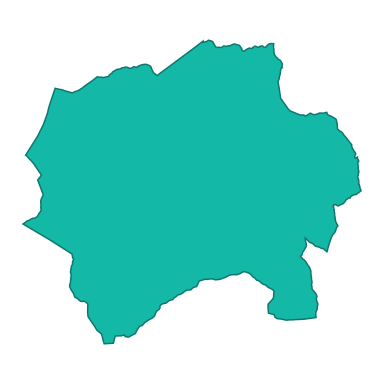 Fardea, Timis, Romania (Mercator projection)
{"feature_id": "2599482B51833056791776", "entity_name": "Fardea", "entity_type": "district", "adm_level": 2, "iso_a3": "ROU", "parent_name": "Romania", "parent_adm1": "Timis", "projection": "mercator", "projection_center": [22.228, 45.733], "detail": "fine", "context": "isolated", "style": "filled", "palette": "teal", "viewbox_px": 384, "rotation_deg": 0, "n_neighbors": 0, "source": "geoboundaries", "source_scale": "gbopen_adm2", "svg_char_len": 5914}
<svg xmlns="http://www.w3.org/2000/svg" viewBox="0 0 384 384"><path d="M316.1,317.5L316.1,316.8L315.5,315.8L315.9,314.4L315.7,313.5L316.0,311.9L317.1,309.6L317.3,306.4L317.9,304.6L317.7,303.5L316.8,301.2L316.3,299.2L316.3,298.4L317.0,296.8L316.9,296.4L316.7,295.4L315.6,293.2L312.3,289.5L312.0,288.6L311.9,286.0L311.3,284.4L312.0,283.3L311.9,281.0L311.5,279.2L311.4,277.1L310.9,274.0L310.9,271.7L310.7,270.4L309.5,267.3L307.6,264.8L306.0,262.0L304.0,259.7L302.9,259.2L300.4,256.2L301.0,255.8L302.1,254.7L302.2,253.8L302.8,252.0L304.1,250.2L306.1,246.6L306.3,245.8L306.3,244.4L305.4,240.3L305.3,238.1L310.0,242.6L312.5,243.4L315.2,246.0L316.1,246.4L319.2,247.1L320.4,247.9L322.1,248.5L323.4,248.6L324.6,249.9L325.6,250.5L325.9,250.9L326.9,251.8L327.3,251.2L327.6,249.3L329.3,243.5L331.3,237.5L333.2,234.2L334.4,233.0L335.0,232.0L335.7,230.5L335.8,229.6L336.2,229.0L336.9,227.1L337.2,226.4L337.9,225.8L336.0,222.3L335.2,219.5L335.0,218.6L335.2,217.9L334.6,215.3L334.7,214.6L334.5,212.4L334.2,211.5L334.3,209.9L333.8,209.1L333.9,208.2L333.1,206.1L333.9,205.4L333.9,204.8L334.8,204.5L336.2,204.8L337.4,205.8L338.4,205.9L339.9,205.0L343.0,203.7L343.7,203.3L344.1,202.4L345.1,201.6L345.8,200.2L348.9,197.7L350.0,198.1L350.6,197.0L351.2,196.2L352.5,195.5L354.6,194.6L356.4,194.5L357.7,193.1L358.7,192.7L360.9,190.9L361.0,190.5L359.8,187.3L359.9,186.9L359.0,184.1L358.7,184.2L358.8,180.7L358.1,178.1L357.6,177.2L357.6,176.7L358.3,174.8L358.3,173.4L358.6,173.0L358.8,172.5L358.7,170.6L358.1,169.1L358.3,165.9L357.9,164.7L357.6,162.5L357.6,162.4L358.1,162.2L358.7,161.6L358.5,160.2L357.2,157.9L357.4,157.7L357.4,157.1L355.5,158.1L354.6,157.2L354.7,156.3L355.6,154.2L355.6,153.2L353.7,150.5L352.3,147.9L351.8,146.8L351.7,145.9L351.8,144.9L345.8,137.2L344.1,135.3L342.2,132.5L341.0,131.6L339.5,130.9L338.1,129.4L337.7,129.2L337.4,128.7L337.3,127.8L337.4,126.9L337.2,123.5L336.8,122.6L336.7,121.7L336.3,119.9L335.7,118.9L331.7,116.5L328.0,115.0L327.2,113.9L326.9,113.0L326.9,112.4L326.6,112.3L323.3,113.2L320.0,113.0L319.1,113.2L316.5,114.3L314.4,114.6L312.9,114.5L310.6,113.2L309.5,113.6L307.5,115.0L305.2,116.1L304.7,115.4L303.0,114.9L301.2,115.1L299.6,114.8L290.1,110.9L288.3,109.1L285.0,104.3L283.1,101.9L282.3,100.4L280.8,98.9L279.8,92.8L279.6,90.7L279.3,89.6L279.1,87.6L278.0,82.1L278.1,81.5L279.2,78.7L279.3,76.9L279.7,75.9L280.5,72.6L280.4,71.2L281.2,67.8L281.4,67.6L282.3,67.7L281.9,66.3L282.4,64.1L282.3,63.7L280.7,60.9L280.0,60.2L278.4,59.4L277.7,58.4L276.1,57.0L274.6,54.9L273.9,51.8L273.9,49.6L273.8,48.5L273.5,47.7L273.5,46.3L273.7,43.7L271.8,43.6L271.1,43.5L269.0,44.0L267.8,44.8L267.0,45.6L266.4,46.6L264.8,47.4L264.1,47.3L262.3,45.9L260.9,46.1L260.4,46.5L259.7,46.4L259.2,47.0L258.6,47.3L258.2,47.3L255.6,46.2L254.7,46.2L253.4,47.3L252.7,47.5L252.4,48.2L250.5,48.5L249.8,48.1L249.1,48.1L245.8,49.8L244.3,51.2L244.1,51.2L242.4,50.7L241.9,49.9L241.7,48.4L241.1,47.9L239.8,45.8L239.3,45.4L238.7,45.1L236.0,44.5L234.9,44.0L234.3,44.0L232.5,44.5L230.1,45.7L228.1,45.8L226.9,46.3L225.5,46.3L223.9,45.9L221.7,47.3L220.8,47.5L218.2,47.2L217.2,47.5L216.0,47.1L215.3,46.3L212.7,41.7L211.5,41.0L208.5,40.2L207.0,41.4L202.7,42.4L202.9,41.2L195.3,47.1L158.7,74.3L157.5,75.6L154.3,73.4L153.5,72.6L152.0,69.8L151.2,67.6L150.6,66.3L149.3,65.5L146.8,64.5L145.8,64.3L144.1,64.4L142.1,64.7L138.5,66.0L137.7,66.9L137.0,67.4L136.4,67.1L135.1,67.1L133.7,66.7L131.6,68.1L129.5,68.4L127.8,67.4L125.6,67.1L124.8,67.2L123.5,67.8L122.0,67.8L120.2,69.0L117.2,69.3L113.2,71.5L112.4,72.1L111.8,73.3L110.9,73.8L109.6,75.0L109.3,75.1L108.4,76.5L103.0,77.6L101.4,77.1L99.8,77.3L97.2,76.8L92.4,80.6L86.0,85.1L81.7,88.4L77.6,90.9L75.4,91.4L72.2,92.9L65.2,90.9L61.9,89.7L59.3,89.3L55.1,88.3L49.3,105.8L48.3,109.5L47.4,113.5L43.2,125.0L37.6,136.2L25.6,155.2L26.3,155.5L28.4,157.9L31.9,161.5L33.9,164.0L39.9,172.9L41.4,174.7L40.2,176.8L37.8,179.8L37.7,180.0L41.4,189.8L41.9,191.4L42.8,193.2L42.9,193.9L43.2,194.4L43.2,195.0L41.4,198.7L40.8,200.4L40.8,202.9L41.0,204.7L40.8,208.0L41.2,209.8L41.2,210.2L40.5,211.0L40.4,211.9L39.2,213.1L37.2,216.7L35.1,218.0L33.5,218.4L32.9,218.2L30.5,219.4L29.2,220.3L27.8,220.6L26.8,221.1L24.9,222.7L23.0,224.0L49.4,239.6L72.0,254.0L72.7,257.9L73.4,258.7L73.5,259.6L72.6,261.6L72.4,264.7L71.9,265.3L71.4,266.3L70.5,271.5L70.5,272.2L71.2,275.1L70.3,283.3L69.8,284.3L69.6,286.4L70.7,289.1L73.4,293.3L74.7,296.8L75.3,297.5L77.3,298.4L79.2,300.3L80.4,301.2L81.2,301.4L84.5,301.3L85.7,302.0L87.8,304.0L87.6,312.7L88.1,316.7L89.7,319.3L94.6,326.2L96.1,328.9L97.0,330.3L101.6,334.1L103.2,340.7L104.2,343.8L113.4,343.2L114.5,338.6L115.4,336.0L121.4,335.8L124.4,335.0L125.1,336.6L125.4,336.7L126.2,336.5L127.5,337.1L128.8,337.0L133.7,334.3L135.4,333.5L136.6,330.9L138.0,328.5L140.0,325.9L141.9,325.7L142.3,325.4L144.9,322.4L146.6,321.4L148.0,320.3L152.5,317.9L154.5,316.2L154.8,315.7L155.3,313.6L156.4,311.6L156.9,310.9L159.1,309.4L159.5,308.9L160.0,307.8L159.9,307.1L160.2,305.6L161.1,304.6L161.7,304.2L163.3,303.6L166.1,303.1L168.9,300.8L170.0,300.3L172.8,299.6L173.7,298.2L176.2,296.5L177.7,295.2L178.2,294.8L180.2,294.5L183.3,292.6L184.5,291.5L186.6,290.2L188.3,290.0L190.2,290.0L191.1,289.7L192.1,288.5L193.6,287.4L194.6,287.0L196.3,286.7L196.7,286.3L197.6,284.7L198.7,282.0L199.5,280.8L202.0,280.2L204.7,279.3L207.4,279.3L210.5,278.9L213.2,279.0L215.0,279.8L215.8,279.8L220.2,279.3L223.2,278.0L225.6,277.3L229.1,275.3L231.2,274.8L234.4,274.6L236.4,274.8L239.7,273.8L242.4,272.2L243.9,271.7L245.1,271.8L248.4,272.9L250.4,274.0L253.0,276.9L254.8,278.0L256.7,280.2L258.6,280.7L259.2,281.1L262.4,283.8L263.9,284.6L265.5,284.8L267.4,286.7L268.4,287.5L270.9,288.6L272.4,289.5L273.5,290.4L273.9,291.2L274.0,291.6L273.6,294.9L273.6,297.1L273.4,297.9L271.8,300.2L269.0,303.1L268.2,304.1L268.0,304.8L268.0,307.1L268.5,313.2L272.9,314.3L274.3,314.9L274.9,317.1L277.0,318.6L281.0,319.0L286.4,320.2L289.9,319.8L291.6,319.9L296.8,319.5L300.5,319.4L304.8,319.1L316.1,317.5Z" fill="#14b8a6" stroke="#0f766e" stroke-width="1.5"/></svg>